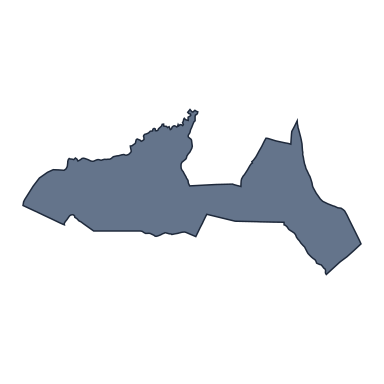 Zé Doca, Maranhão, Brazil (Mercator projection)
{"feature_id": "56859067B5198851125658", "entity_name": "Zé Doca", "entity_type": "district", "adm_level": 2, "iso_a3": "BRA", "parent_name": "Brazil", "parent_adm1": "Maranhão", "projection": "mercator", "projection_center": [-45.921, -3.253], "detail": "fine", "context": "isolated", "style": "filled", "palette": "slate", "viewbox_px": 384, "rotation_deg": 0, "n_neighbors": 0, "source": "geoboundaries", "source_scale": "gbopen_adm2", "svg_char_len": 4521}
<svg xmlns="http://www.w3.org/2000/svg" viewBox="0 0 384 384"><path d="M197.8,111.8L196.4,111.3L194.9,110.3L193.9,111.2L192.9,112.0L191.8,111.7L190.9,110.6L190.0,109.5L188.8,111.0L187.7,112.3L188.7,113.5L190.5,114.1L190.7,115.4L189.7,116.3L188.1,117.2L188.1,118.8L188.2,120.4L186.8,120.1L185.5,119.6L184.3,118.3L183.7,119.2L183.5,120.4L183.1,121.7L182.5,122.6L183.4,124.5L182.7,125.6L181.4,124.8L180.1,124.6L178.7,125.9L178.1,124.6L177.6,126.3L176.8,127.0L175.9,126.4L174.6,125.8L173.4,126.0L172.1,127.1L171.5,128.8L170.3,129.6L169.9,128.6L169.1,126.7L167.6,127.6L166.5,126.4L165.2,126.3L163.8,126.1L163.6,124.1L162.2,124.3L161.5,126.1L158.5,128.8L158.0,130.1L156.9,130.8L155.4,130.7L155.3,129.0L154.1,128.4L152.9,129.2L152.6,130.9L151.4,131.1L150.3,131.2L148.6,132.9L147.7,133.3L146.4,133.9L144.8,134.3L143.8,135.3L143.5,136.2L143.9,137.5L144.0,139.5L143.0,140.4L141.2,141.3L140.2,140.2L138.9,139.7L137.2,139.0L136.3,139.6L135.8,141.2L135.5,142.9L134.8,143.8L133.5,144.6L132.0,145.8L130.3,146.0L130.5,147.5L130.9,149.3L131.3,151.2L130.7,152.4L129.4,153.7L128.5,154.5L126.4,155.2L125.3,155.1L123.9,154.5L121.8,154.8L118.7,155.7L116.8,155.9L113.3,156.7L111.2,158.5L109.5,159.3L108.2,159.2L106.4,159.4L104.3,159.3L102.6,159.8L101.1,160.3L98.8,159.6L97.7,159.6L96.3,160.0L93.6,161.2L92.2,161.3L90.6,160.9L88.2,159.7L85.2,158.6L83.7,158.2L82.1,158.4L80.7,159.5L79.4,160.3L77.9,161.0L76.9,159.1L75.4,158.0L73.8,159.6L71.9,159.1L70.2,159.0L69.2,158.5L68.4,159.4L67.8,161.2L67.7,163.1L67.3,166.4L66.7,167.6L66.1,168.8L64.1,170.3L58.7,169.9L53.2,169.7L47.5,172.3L39.4,178.0L33.2,186.1L24.8,199.4L23.6,201.8L23.0,205.5L41.0,213.9L43.9,215.3L52.4,219.3L55.1,220.6L59.9,222.9L61.7,223.7L62.8,224.2L64.4,224.8L64.2,223.6L64.8,222.4L65.8,221.0L66.8,219.8L67.7,218.5L68.6,217.2L69.6,215.8L70.7,215.1L72.2,214.7L73.5,214.9L74.6,216.0L74.8,217.3L76.8,218.6L77.8,219.6L78.6,220.6L79.6,221.2L80.9,221.8L82.0,222.6L83.7,223.9L93.7,231.0L98.6,231.0L103.5,231.0L105.9,231.0L119.7,231.0L124.5,231.0L133.9,231.0L140.4,231.0L142.3,231.4L143.5,232.3L144.6,232.9L145.5,233.4L146.7,233.4L148.5,233.3L150.1,233.4L151.3,234.0L152.4,234.5L154.2,235.4L155.1,236.2L156.4,236.3L157.6,236.0L159.0,235.5L160.3,235.0L161.5,234.4L162.7,233.7L164.0,233.3L165.0,232.7L166.0,232.9L167.5,233.3L169.2,233.8L170.9,233.9L171.8,234.5L173.6,234.1L175.1,233.8L176.4,233.6L177.6,233.4L179.0,233.0L180.2,232.7L181.3,232.4L182.3,232.2L183.5,232.1L184.6,232.0L186.0,232.4L191.1,234.6L192.1,235.0L195.8,236.6L197.7,232.7L200.2,227.5L202.6,222.9L203.1,221.7L205.9,216.0L206.8,214.3L229.4,219.8L235.2,221.2L257.9,221.7L259.3,221.8L273.4,222.1L281.0,222.2L284.0,222.3L284.1,224.9L285.2,225.2L286.9,226.6L288.8,229.4L290.5,230.6L292.0,231.5L294.3,233.1L295.6,234.8L296.5,237.2L297.2,238.2L297.9,239.2L299.4,240.8L300.9,243.1L303.0,245.4L304.7,247.1L305.3,248.4L307.1,251.9L308.0,253.5L309.5,255.1L311.4,257.0L313.2,258.5L315.1,259.8L316.0,261.3L316.6,263.1L318.5,264.0L320.1,264.6L321.3,264.9L323.1,267.2L323.8,268.1L325.2,269.2L325.6,270.6L325.4,272.3L325.6,273.4L326.3,274.5L339.6,262.3L341.1,261.1L346.9,256.8L353.5,250.9L361.0,243.9L359.3,240.1L355.5,232.4L349.2,219.7L347.1,215.3L344.7,211.0L343.4,209.8L341.1,208.2L337.8,207.8L334.6,206.3L333.1,205.9L327.8,203.8L322.7,201.3L320.3,199.0L318.3,196.1L316.2,193.2L313.0,187.3L312.5,185.8L312.0,182.9L310.9,179.3L309.9,176.4L309.0,174.9L307.3,171.2L305.9,168.4L305.4,166.2L304.5,163.7L304.0,161.1L303.7,159.7L303.5,158.2L303.3,157.1L302.7,154.6L302.8,152.2L302.5,150.9L302.2,146.8L302.0,143.9L301.2,139.6L300.5,136.6L298.5,129.0L298.0,127.6L297.9,126.1L297.4,123.9L297.2,120.8L294.6,126.1L291.8,131.4L291.5,134.0L290.8,144.2L288.1,143.4L285.2,142.9L275.9,140.9L267.8,138.4L266.0,138.2L264.4,141.0L261.7,146.5L259.0,151.2L258.2,152.7L257.4,154.2L255.9,156.9L254.8,158.4L253.3,160.4L251.8,161.7L252.4,163.0L251.2,163.8L249.7,166.0L247.5,169.9L244.4,174.7L243.2,176.0L241.6,178.9L241.2,180.6L241.0,183.4L240.9,186.5L238.7,185.9L237.4,185.6L233.9,184.6L232.6,184.1L216.3,184.5L204.5,185.1L189.7,185.9L188.4,183.2L188.0,180.5L187.4,179.4L186.5,178.2L186.1,177.0L184.3,173.9L183.2,171.7L182.0,170.2L181.2,168.4L181.0,166.3L181.1,164.0L181.9,162.3L183.7,160.8L185.8,159.1L186.4,158.0L186.9,156.0L188.2,154.0L189.8,152.2L191.8,148.3L192.3,146.3L191.5,140.1L190.8,139.0L189.4,138.0L188.2,136.8L188.2,135.6L188.6,134.5L189.4,133.6L190.0,132.3L190.6,129.7L191.6,127.6L193.2,123.5L194.0,121.8L195.1,120.8L195.1,117.9L195.1,116.3L195.5,115.0L196.6,114.5L197.4,113.6L197.8,111.8Z" fill="#64748b" stroke="#1e293b" stroke-width="1.5"/></svg>